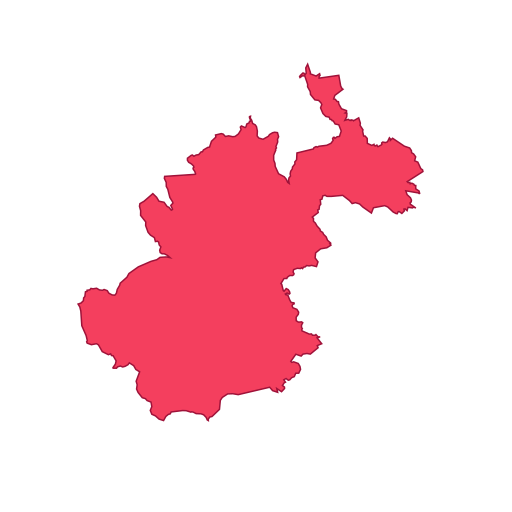 Albino Zertuche, Puebla, Mexico, rotated 144°
{"feature_id": "50627088B37931704474648", "entity_name": "Albino Zertuche", "entity_type": "district", "adm_level": 2, "iso_a3": "MEX", "parent_name": "Mexico", "parent_adm1": "Puebla", "projection": "natural_earth1", "projection_center": [-98.563, 18.013], "detail": "fine", "context": "isolated", "style": "filled", "palette": "rose", "viewbox_px": 512, "rotation_deg": 144, "n_neighbors": 0, "source": "geoboundaries", "source_scale": "gbopen_adm2", "svg_char_len": 6094}
<svg xmlns="http://www.w3.org/2000/svg" viewBox="0 0 512 512"><g transform="rotate(144 256 256)"><path d="M428.2,321.7L428.5,318.3L430.1,314.4L437.9,302.0L440.2,291.5L442.2,286.7L443.4,286.2L443.8,284.7L441.3,281.0L436.6,278.8L435.7,276.7L436.6,269.0L433.4,262.9L431.1,262.3L431.4,260.4L430.2,259.3L430.8,253.4L433.3,251.2L437.3,249.8L437.5,249.2L434.8,247.2L433.2,247.7L430.4,246.7L429.1,244.6L426.8,243.7L423.5,243.3L421.3,244.0L419.4,239.2L419.9,234.8L418.2,230.7L426.6,225.1L427.8,221.7L430.8,218.6L431.6,214.9L431.3,208.2L429.3,205.6L429.1,203.1L426.8,199.5L428.8,195.4L432.3,193.2L433.3,189.2L431.3,185.7L430.3,181.0L427.5,177.2L423.2,179.2L420.0,179.4L418.2,178.7L416.3,179.7L406.2,174.1L403.4,171.9L400.4,167.9L399.6,167.8L398.5,166.5L397.1,163.7L393.2,160.6L391.7,158.3L391.2,154.7L391.8,152.0L391.3,150.9L390.6,152.0L388.1,152.9L385.9,152.0L375.7,153.4L369.7,160.2L366.4,161.4L360.0,161.1L355.7,158.2L351.9,154.3L322.1,141.8L321.7,137.3L318.6,133.0L317.1,136.6L315.1,131.2L310.8,132.0L310.0,133.2L310.7,135.7L307.8,136.8L306.3,136.6L306.3,139.5L303.7,139.2L302.9,136.5L301.5,136.0L298.7,136.6L295.9,135.9L292.8,137.8L290.3,136.1L286.6,138.1L285.3,140.9L285.0,144.2L287.7,148.2L289.6,148.9L289.8,150.3L281.5,153.1L278.3,148.5L275.6,149.0L272.1,147.2L269.7,144.7L259.7,145.3L259.1,147.5L254.4,146.4L254.7,153.9L251.6,152.9L253.3,154.0L253.7,157.2L254.7,157.1L256.9,158.7L256.9,160.3L258.8,161.5L262.8,168.4L262.2,169.6L261.2,170.0L261.1,171.6L259.7,173.4L257.4,174.5L257.8,175.9L260.5,177.5L261.5,180.0L259.5,182.9L256.0,184.0L254.5,185.5L254.3,188.8L256.6,192.5L256.1,194.5L254.8,195.2L253.2,194.9L252.8,195.8L254.8,197.7L254.6,200.5L253.2,205.7L254.6,207.1L254.6,208.0L252.6,207.8L251.3,205.6L250.5,205.8L249.8,207.5L249.7,209.9L250.7,211.9L254.0,211.0L254.3,211.9L251.8,218.0L252.1,219.0L246.6,221.3L244.3,219.7L243.0,220.4L240.2,220.4L237.9,218.7L236.5,218.7L235.6,219.3L235.4,221.2L233.6,222.9L229.8,221.8L227.4,219.7L226.2,219.8L225.7,218.4L224.2,219.1L222.7,218.3L220.6,218.5L218.8,216.7L216.5,215.7L213.3,211.9L209.3,214.8L209.3,219.7L205.9,223.5L199.5,223.8L193.8,221.0L189.1,220.7L189.0,222.4L188.4,222.0L188.0,222.6L188.9,226.7L188.0,230.2L188.6,233.8L188.2,235.8L189.2,238.5L188.5,240.0L189.0,244.5L188.6,247.8L189.1,250.3L187.4,252.6L187.6,254.4L180.1,254.6L179.0,257.0L177.5,256.7L175.1,259.3L173.2,259.8L170.9,263.8L169.3,263.2L166.6,265.4L164.4,264.5L163.6,262.6L160.1,260.0L150.2,254.1L147.8,245.9L147.4,241.9L144.2,240.7L141.6,237.2L140.8,232.8L137.4,222.9L132.6,226.0L122.3,221.1L120.6,218.3L119.2,211.0L117.8,208.1L116.9,207.2L114.8,208.3L114.0,207.7L113.0,204.7L109.4,205.3L108.8,207.0L107.7,206.5L107.1,203.9L104.4,206.0L101.1,202.9L99.6,202.8L98.5,200.8L100.7,207.3L100.0,208.5L98.7,208.5L97.4,209.8L96.8,212.3L97.7,216.8L96.5,220.7L87.6,211.6L87.3,210.6L86.8,210.5L85.9,212.7L87.3,216.5L85.3,219.1L86.3,220.0L86.1,221.3L87.1,223.3L88.8,223.8L88.2,225.1L89.8,225.9L90.0,227.3L71.3,226.2L70.6,227.8L71.3,229.8L69.9,236.8L71.7,239.8L68.5,242.4L68.5,246.0L69.4,248.1L68.3,250.0L68.2,253.1L71.4,257.6L76.3,271.0L79.3,270.6L78.5,271.9L78.6,273.2L82.5,271.1L84.6,271.7L86.5,273.7L87.9,273.6L88.5,272.4L89.2,272.2L92.8,272.7L93.3,273.1L93.0,274.7L94.8,274.9L95.4,275.7L94.9,277.0L97.3,277.4L99.7,281.7L96.9,285.8L97.2,288.9L98.4,289.8L96.3,294.5L95.3,295.1L95.0,300.6L93.5,302.1L91.7,307.4L97.7,308.1L97.8,308.9L99.0,310.2L99.4,309.8L100.4,310.5L101.0,312.3L104.4,313.5L100.8,315.3L98.6,318.0L99.8,319.3L98.1,319.3L97.3,320.4L100.3,324.9L99.7,330.1L98.6,332.4L99.6,333.4L99.7,336.1L100.9,337.4L97.8,339.6L87.6,339.8L88.0,340.9L87.6,343.7L82.8,353.5L100.4,362.8L99.3,364.3L98.1,364.4L97.4,366.1L101.6,366.3L105.0,371.5L104.1,372.5L101.5,380.8L105.2,378.9L107.9,374.4L109.8,373.9L109.8,375.8L110.5,376.5L114.1,376.0L115.3,375.5L115.5,374.5L112.6,374.5L110.7,373.0L113.3,364.5L114.8,362.6L115.5,357.1L117.0,354.6L116.6,347.7L113.9,345.1L113.4,341.8L113.7,339.9L116.7,337.9L118.1,331.9L117.5,327.9L115.2,325.3L115.8,323.0L114.7,322.0L114.9,320.7L114.1,319.8L114.4,316.3L111.9,313.5L113.6,307.0L118.2,303.7L120.3,304.8L123.0,304.8L123.0,306.2L123.7,306.5L125.1,305.9L125.6,304.2L129.2,303.1L133.7,304.0L140.6,307.8L142.4,308.1L143.1,309.2L145.4,309.6L146.7,308.9L162.3,315.3L166.6,310.0L169.3,309.3L170.4,307.6L174.2,306.5L175.5,305.1L178.1,304.2L180.1,302.4L181.1,300.4L183.4,299.8L185.2,298.1L186.5,295.2L187.1,296.9L186.4,300.5L186.6,303.5L189.4,309.3L187.8,317.2L186.2,319.8L185.3,323.2L182.5,327.1L177.7,330.1L177.4,331.0L175.9,331.4L175.6,332.8L171.4,335.5L170.0,337.8L167.6,339.2L166.1,343.2L168.2,345.2L170.2,346.0L173.7,346.3L175.6,345.6L181.7,346.3L184.4,349.8L184.5,352.5L181.5,356.2L179.6,360.3L179.5,362.5L180.8,365.2L179.7,368.4L179.6,370.9L178.3,372.3L179.3,372.6L180.0,371.7L180.7,368.7L181.3,368.3L182.1,368.8L183.3,367.8L185.9,368.2L188.2,366.4L189.3,366.3L191.4,369.8L192.9,369.5L193.8,367.0L198.4,365.1L202.6,365.0L204.7,366.2L207.5,369.3L210.5,370.7L210.9,373.9L212.1,375.4L217.6,377.7L218.6,375.8L224.6,375.0L229.6,371.4L231.2,372.2L236.2,372.7L238.0,371.8L239.2,372.5L242.8,371.7L245.1,372.9L247.6,373.2L248.1,375.1L249.2,375.5L254.0,375.4L255.2,373.8L255.4,371.4L254.1,368.4L253.6,365.6L254.1,364.3L255.3,364.1L255.8,363.0L255.8,360.5L256.6,357.9L257.2,357.8L283.1,374.1L284.5,372.7L285.4,368.3L287.7,365.0L288.1,361.9L291.3,354.0L291.7,348.5L292.2,347.6L295.2,347.0L296.0,342.9L296.7,342.7L297.6,342.9L297.8,346.5L298.8,348.3L298.8,353.5L302.3,357.4L301.9,361.9L302.8,367.1L314.4,366.1L319.1,366.6L321.0,364.8L322.7,360.4L325.5,356.7L325.2,348.3L327.4,345.5L329.4,338.6L329.1,334.9L327.4,330.6L328.9,326.8L327.1,325.9L326.6,324.6L327.8,321.8L327.6,319.3L330.5,317.3L331.5,315.1L330.7,313.0L328.9,311.7L327.3,308.6L326.5,305.2L329.0,307.9L334.4,311.3L338.4,311.3L344.1,313.4L357.6,316.4L369.1,316.5L372.9,314.7L381.9,313.8L383.4,312.5L387.9,310.5L390.9,307.9L393.3,307.3L395.3,309.1L396.9,312.4L396.7,315.4L398.6,318.2L400.4,318.5L402.6,320.6L403.9,323.6L407.2,325.3L408.6,326.8L410.4,326.3L412.8,327.6L413.5,326.7L415.0,327.3L418.3,323.8L420.1,323.4L421.9,321.3L425.2,320.8L428.2,321.7Z" fill="#f43f5e" stroke="#9f1239" stroke-width="1.5"/></g></svg>